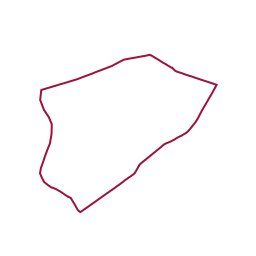 Nuzha, Al Qahirah, Egypt (Robinson projection), rotated 163°
{"feature_id": "37247803B21469576264473", "entity_name": "Nuzha", "entity_type": "district", "adm_level": 2, "iso_a3": "EGY", "parent_name": "Egypt", "parent_adm1": "Al Qahirah", "projection": "robinson", "projection_center": [31.378, 30.115], "detail": "fine", "context": "isolated", "style": "outline", "palette": "rose", "viewbox_px": 256, "rotation_deg": 163, "n_neighbors": 0, "source": "geoboundaries", "source_scale": "gbopen_adm2", "svg_char_len": 4120}
<svg xmlns="http://www.w3.org/2000/svg" viewBox="0 0 256 256"><g transform="rotate(163 128 128)"><path d="M30.6,143.4L30.7,143.5L43.4,152.4L47.9,155.6L49.3,156.6L52.1,158.7L53.2,159.4L54.0,159.9L55.2,160.8L56.4,161.6L57.8,162.6L58.7,163.3L58.9,163.4L59.0,163.6L59.6,164.0L60.7,164.8L62.3,165.9L63.2,166.5L64.0,167.1L64.6,167.5L65.3,168.1L65.7,168.4L66.0,168.8L66.4,169.4L66.8,170.0L67.3,171.0L67.8,171.9L68.0,172.6L68.3,172.6L68.6,172.9L69.0,173.2L69.5,173.8L70.8,175.2L71.6,176.1L72.5,177.1L73.6,178.4L74.7,179.5L76.0,181.0L77.1,182.2L78.5,183.8L79.6,185.1L80.5,186.1L82.3,188.1L83.8,189.8L84.5,190.6L84.7,190.8L84.8,190.9L85.0,190.9L85.0,191.0L85.3,191.2L85.6,191.4L85.8,191.6L86.0,191.7L86.5,191.7L88.2,191.8L89.5,191.9L92.1,192.2L93.5,192.4L96.8,192.8L100.5,193.2L103.3,193.6L103.5,193.6L105.1,193.8L108.2,194.1L109.5,194.3L110.5,194.4L111.4,194.5L111.9,194.5L112.4,194.5L114.0,194.2L115.7,193.9L117.9,193.5L119.7,193.1L122.1,192.7L123.9,192.3L124.8,192.1L125.1,192.0L125.5,192.0L126.5,191.9L128.9,191.8L131.2,191.6L134.6,191.4L137.1,191.2L140.7,191.0L143.3,190.8L147.7,190.4L150.2,190.3L152.9,190.1L155.5,190.0L158.1,189.8L159.6,189.7L161.8,189.5L199.8,189.7L203.8,180.5L203.1,169.9L200.5,161.3L199.8,153.8L203.0,144.3L207.2,136.0L211.5,130.7L215.7,125.2L220.0,119.1L223.0,115.2L225.4,110.4L224.9,105.7L224.0,100.8L220.9,96.4L218.9,93.8L217.2,92.6L214.8,90.7L211.4,87.1L210.2,85.7L208.0,82.9L205.4,79.7L205.2,79.8L203.2,77.8L201.0,69.0L200.0,64.2L198.3,61.5L198.1,61.5L196.4,62.1L195.1,62.5L194.4,62.7L193.6,63.0L192.9,63.2L191.2,63.7L189.8,64.2L188.5,64.6L187.0,65.1L184.2,66.1L181.5,66.9L178.6,67.9L176.5,68.6L175.3,69.0L174.0,69.4L172.7,69.9L171.4,70.3L170.2,70.7L169.3,71.0L167.5,71.6L166.1,72.0L165.1,72.3L163.5,72.9L160.2,73.9L159.6,74.1L158.6,74.4L157.6,74.8L155.6,75.5L155.1,75.7L152.9,76.4L152.5,76.5L152.4,76.6L151.7,76.8L151.1,77.0L150.4,77.3L149.5,77.6L148.3,78.1L147.1,78.6L146.2,78.9L145.7,79.1L144.5,79.5L143.7,79.7L143.3,79.9L142.2,80.2L140.7,80.7L139.6,81.0L138.6,81.4L137.7,81.7L136.7,82.0L135.6,82.5L135.0,82.8L134.6,83.0L134.4,83.1L134.3,83.3L133.9,83.6L133.2,84.3L132.6,84.8L131.7,85.7L131.0,86.3L130.2,87.1L129.7,87.6L129.1,88.2L128.8,88.6L128.6,88.6L128.5,88.8L128.4,88.8L128.2,89.0L127.8,89.3L127.7,89.4L127.6,89.5L127.4,89.6L127.2,89.7L127.1,89.8L126.9,89.9L126.8,90.0L126.7,90.0L126.4,90.2L126.2,90.3L125.9,90.4L125.8,90.5L125.7,90.5L125.4,90.6L125.2,90.7L125.0,90.8L124.9,90.8L124.6,90.9L124.4,91.0L124.2,91.1L123.8,91.3L123.7,91.3L123.3,91.5L123.1,91.5L122.7,91.7L122.5,91.8L122.2,91.9L122.0,92.0L121.7,92.1L121.4,92.2L121.3,92.3L121.2,92.3L120.9,92.4L120.8,92.5L120.6,92.5L120.4,92.6L120.1,92.7L119.9,92.8L119.6,93.0L119.3,93.1L119.2,93.1L118.8,93.3L118.6,93.3L118.3,93.5L118.1,93.6L117.8,93.7L117.6,93.7L117.5,93.8L117.4,93.9L117.2,93.9L117.0,94.0L116.7,94.1L116.2,94.3L115.7,94.5L115.3,94.7L115.2,94.7L115.2,94.8L114.9,94.9L114.7,95.0L114.4,95.1L114.1,95.2L114.0,95.3L113.9,95.3L113.7,95.4L113.4,95.5L113.2,95.6L112.8,95.7L112.7,95.8L112.2,96.0L111.9,96.1L111.7,96.2L111.5,96.3L111.4,96.3L111.2,96.4L110.9,96.5L110.7,96.6L110.3,96.8L110.1,96.8L109.6,97.0L109.4,97.1L108.9,97.3L108.5,97.5L108.0,97.7L107.5,97.9L106.9,98.2L106.3,98.4L105.6,98.7L105.0,98.9L104.3,99.2L103.8,99.4L103.0,99.7L101.8,100.2L101.0,100.6L99.6,101.2L98.7,101.6L97.8,101.9L96.9,102.0L96.3,102.1L95.4,102.2L93.4,102.4L92.6,102.5L91.1,102.6L90.1,102.8L89.7,102.9L88.7,103.1L87.5,103.3L86.7,103.4L85.6,103.8L83.1,104.4L82.6,104.5L82.0,104.6L80.7,104.8L79.8,104.9L79.0,105.0L78.4,105.2L76.9,105.6L75.1,106.0L74.4,106.2L73.7,106.4L73.5,106.5L73.4,106.5L72.6,106.8L72.0,107.0L71.2,107.5L69.8,108.4L68.7,109.1L68.2,109.5L67.3,110.0L66.6,110.6L65.7,111.1L64.8,111.8L64.0,112.3L63.2,112.9L62.4,113.4L61.6,114.0L61.0,114.5L60.6,114.8L59.9,115.4L59.2,116.0L59.0,116.3L58.7,116.5L58.2,116.9L58.1,117.1L57.9,117.2L57.6,117.5L57.4,117.8L57.1,118.1L54.7,120.5L53.8,121.5L52.1,123.2L50.6,124.6L49.4,125.7L48.4,126.6L47.5,127.4L46.5,128.3L46.3,128.5L46.2,128.6L44.8,129.9L43.2,131.4L41.2,133.3L40.8,133.7L40.4,134.0L36.9,137.2L36.3,137.8L35.4,138.7L32.9,141.1L30.6,143.4Z" fill="none" stroke="#9f1239" stroke-width="2"/></g></svg>